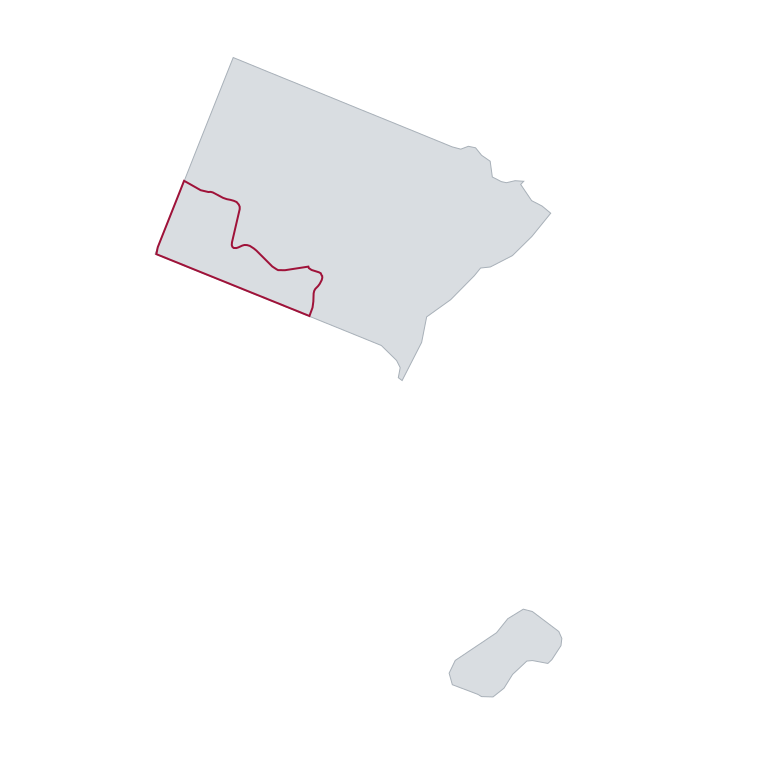 Kié-Ntem highlighted on a map of Equatorial Guinea, rotated 202°
{"feature_id": "GNQ-1469", "entity_name": "Kié-Ntem", "entity_type": "Province", "adm_level": 1, "iso_a3": "GNQ", "parent_name": "Equatorial Guinea", "parent_adm1": "", "projection": "orthographic", "projection_center": [10.81, 1.949], "detail": "fine", "context": "in_parent", "style": "outline", "palette": "rose", "viewbox_px": 768, "rotation_deg": 202, "n_neighbors": 0, "source": "natural_earth", "source_scale": "10m", "svg_char_len": 1693}
<svg xmlns="http://www.w3.org/2000/svg" viewBox="0 0 768 768"><g transform="rotate(202 384 384)"><path d="M644.9,418.8L645.1,460.7L645.3,496.1L645.6,534.5L645.8,574.4L646.0,608.3L646.1,630.2L609.1,630.0L559.9,629.9L510.7,629.7L461.5,629.6L436.8,629.5L409.6,629.4L400.8,630.5L394.8,636.0L387.6,637.3L379.2,632.6L369.0,630.3L366.2,625.4L361.1,616.5L351.0,615.6L345.9,616.5L338.6,621.6L330.4,624.3L332.0,620.2L315.8,609.3L304.1,608.2L293.4,604.8L302.1,576.4L313.0,551.2L329.3,532.3L337.9,527.7L340.8,518.3L353.7,487.3L369.6,462.2L364.7,436.7L368.5,394.0L373.1,395.2L373.9,399.2L375.1,405.2L381.1,410.5L400.9,418.7L460.1,418.8L495.4,418.8L547.6,418.8L602.9,418.8L644.9,418.8ZM176.5,130.7L180.9,131.4L208.0,130.8L215.3,140.3L214.4,154.4L186.5,195.5L181.3,212.8L170.5,227.4L161.2,228.6L129.2,220.0L123.8,214.7L121.9,207.7L125.1,191.3L127.4,186.3L142.8,183.2L147.8,180.6L156.0,162.9L158.8,146.9L165.7,134.7L176.5,130.7Z" fill="#d9dde1" stroke="#a8b0b8" stroke-width="1"/><path d="M478.6,419.1L481.3,419.1L535.4,419.1L589.6,419.1L643.7,419.1L645.0,426.0L645.1,440.6L645.4,488.0L645.5,497.5L645.4,497.5L626.6,495.0L618.8,496.2L616.7,497.2L614.5,497.5L603.0,496.3L599.0,496.5L595.4,497.2L591.8,497.6L588.8,497.5L585.8,495.9L584.2,494.3L583.3,492.1L578.0,458.3L577.2,455.8L576.0,454.4L574.4,453.8L571.9,454.7L570.2,456.1L567.3,459.2L565.5,460.6L563.0,461.5L560.1,461.8L555.5,460.9L552.3,459.9L531.6,451.1L526.6,450.1L524.8,449.9L518.3,452.5L498.1,464.5L497.1,463.3L493.9,462.6L486.2,463.2L484.2,463.0L482.2,461.1L481.8,461.0L481.0,459.4L480.7,457.0L481.1,452.8L481.8,450.1L483.3,446.5L483.6,444.3L483.2,441.7L480.4,434.0L478.9,428.1L478.6,419.1Z" fill="none" stroke="#9f1239" stroke-width="2"/></g></svg>